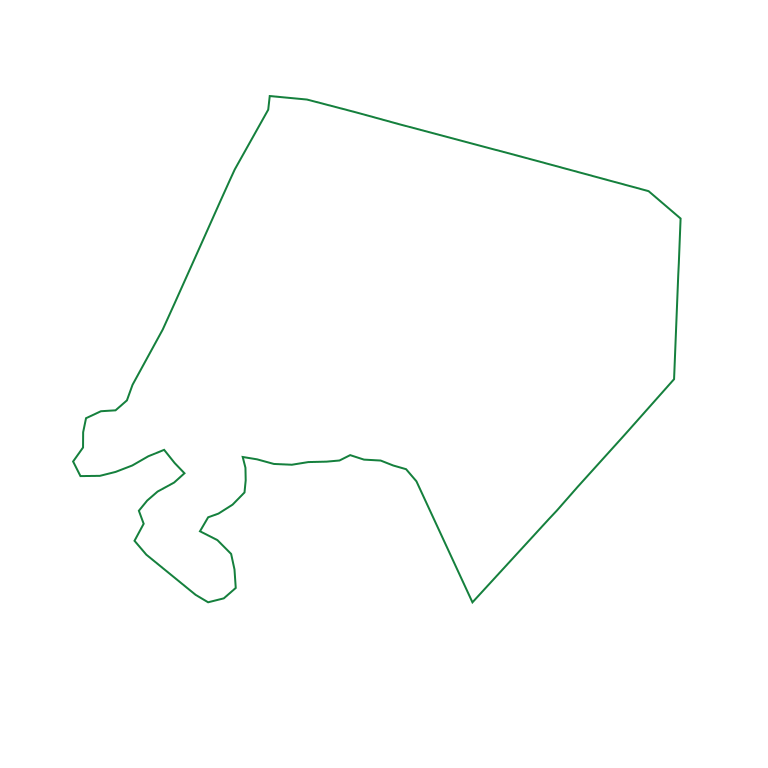 the district of Engenheiro Paulo de Frontin, Rio de Janeiro, Brazil, rotated 16°
{"feature_id": "56859067B20442961875436", "entity_name": "Engenheiro Paulo de Frontin", "entity_type": "district", "adm_level": 2, "iso_a3": "BRA", "parent_name": "Brazil", "parent_adm1": "Rio de Janeiro", "projection": "albers", "projection_center": [-43.66, -22.521], "detail": "fine", "context": "isolated", "style": "outline", "palette": "green", "viewbox_px": 768, "rotation_deg": 16, "n_neighbors": 0, "source": "geoboundaries", "source_scale": "gbopen_adm2", "svg_char_len": 1041}
<svg xmlns="http://www.w3.org/2000/svg" viewBox="0 0 768 768"><g transform="rotate(16 384 384)"><path d="M661.5,299.4L636.8,198.1L634.1,186.6L623.5,143.2L585.2,125.7L456.2,127.6L327.0,130.1L282.1,130.6L231.5,131.8L194.8,138.7L197.1,152.2L181.4,218.9L179.6,230.7L176.2,254.0L170.3,295.7L160.4,364.8L156.3,392.6L142.5,454.1L141.4,470.6L133.2,483.3L119.4,488.2L107.0,499.0L108.1,513.3L112.2,528.0L106.5,544.2L117.6,556.2L136.2,550.6L150.2,542.5L164.5,531.7L177.4,518.4L190.8,507.9L204.6,517.7L216.8,524.8L209.4,536.6L196.0,549.8L188.5,561.3L183.3,573.4L191.5,584.6L187.4,603.5L202.6,613.6L261.0,638.6L275.1,642.3L289.1,634.2L297.7,620.9L291.4,603.5L283.9,589.5L266.9,580.0L247.7,576.3L251.7,560.6L260.6,554.2L271.7,541.7L279.8,526.7L277.6,514.7L273.9,502.7L268.3,493.1L282.8,491.4L300.2,491.2L317.7,487.0L332.8,479.9L350.1,474.5L362.3,469.8L371.1,461.7L385.6,462.2L401.9,458.5L415.3,459.8L428.7,459.8L442.0,468.6L529.2,569.5L579.8,468.2L585.0,458.1L598.4,429.7L629.3,366.6L661.5,299.4Z" fill="none" stroke="#15803d" stroke-width="2"/></g></svg>